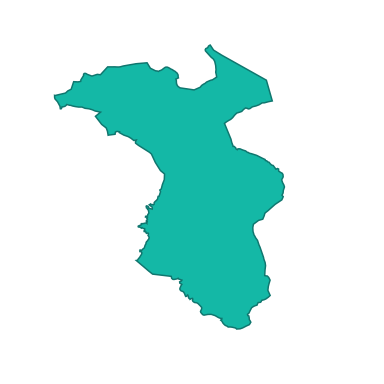 the district of Tudun Wada, Kano, Nigeria, rotated 253°
{"feature_id": "59680162B84327981884458", "entity_name": "Tudun Wada", "entity_type": "district", "adm_level": 2, "iso_a3": "NGA", "parent_name": "Nigeria", "parent_adm1": "Kano", "projection": "natural_earth1", "projection_center": [8.54, 11.305], "detail": "fine", "context": "isolated", "style": "filled", "palette": "teal", "viewbox_px": 384, "rotation_deg": 253, "n_neighbors": 0, "source": "geoboundaries", "source_scale": "gbopen_adm2", "svg_char_len": 5957}
<svg xmlns="http://www.w3.org/2000/svg" viewBox="0 0 384 384"><g transform="rotate(253 192 192)"><path d="M255.6,295.4L277.2,295.8L314.3,260.3L321.4,254.1L327.2,252.4L327.1,251.5L326.7,250.4L325.4,249.2L325.1,247.1L324.3,246.3L323.1,246.1L321.7,246.7L315.3,249.7L312.7,251.4L310.1,251.9L306.0,251.6L301.9,250.7L299.6,249.7L297.0,249.5L294.7,249.2L293.9,246.5L293.3,244.4L293.4,242.5L293.2,240.5L292.9,238.1L292.0,236.1L291.8,234.7L291.1,232.4L289.8,230.5L289.0,223.9L295.1,211.0L297.0,209.5L298.5,209.0L299.6,209.0L299.7,208.8L299.8,208.8L300.0,208.8L300.4,208.9L300.6,209.0L300.9,209.1L301.0,209.1L301.3,209.1L303.0,209.6L304.7,209.6L304.8,210.6L305.1,212.4L306.1,212.4L307.5,212.8L308.4,212.9L309.1,212.7L310.1,212.5L310.9,211.9L312.2,211.2L313.2,210.2L314.1,209.5L315.0,208.7L315.9,207.6L317.0,206.7L317.9,205.8L318.8,204.6L319.1,203.0L318.4,200.8L317.8,199.3L317.5,198.3L317.4,196.1L317.1,195.1L317.8,194.3L318.5,192.6L322.5,188.4L328.7,186.8L331.0,176.1L332.2,166.5L332.6,163.1L332.7,159.8L333.1,158.0L334.4,154.3L336.3,147.9L330.9,138.7L332.2,135.8L332.1,130.2L335.0,126.4L336.5,125.0L336.9,123.7L336.4,122.8L335.0,122.3L331.8,118.6L330.3,117.9L330.6,115.2L332.1,111.1L325.6,106.5L325.0,102.8L323.6,100.0L324.3,89.4L324.4,88.9L324.5,88.8L323.4,88.5L323.2,88.4L322.2,88.2L321.8,88.2L321.1,88.3L320.8,88.3L320.7,88.3L320.5,88.5L320.3,88.6L320.0,88.7L317.6,89.8L312.6,90.8L310.1,90.4L309.8,91.1L310.1,91.6L310.9,92.3L311.5,92.7L311.2,93.3L311.1,94.2L311.1,95.6L311.6,96.9L312.3,97.8L311.8,98.6L310.8,100.2L310.2,101.6L309.3,102.7L307.8,105.4L306.3,108.6L305.4,111.6L303.3,114.2L302.2,116.7L301.6,118.0L299.8,120.7L297.8,123.0L295.1,127.9L292.6,121.8L283.0,125.4L278.3,128.7L274.9,128.9L270.8,128.4L270.8,128.9L269.7,135.3L271.7,136.3L271.8,137.3L271.9,137.9L271.4,139.1L270.9,140.0L270.8,140.3L270.1,139.8L266.3,143.5L263.6,147.2L261.3,149.3L258.3,151.4L258.3,152.1L258.1,152.6L258.0,153.9L257.8,153.7L257.6,153.6L257.4,153.5L257.1,153.2L256.8,152.9L256.6,152.6L255.7,152.4L255.2,152.3L252.3,154.4L242.3,163.0L240.2,164.3L230.9,165.6L221.7,168.1L217.3,171.0L211.9,169.1L207.7,165.8L203.9,163.5L203.3,161.8L201.4,162.0L199.9,160.9L197.6,159.3L197.7,158.3L195.2,156.9L194.3,155.3L193.7,154.0L193.0,152.8L191.3,152.1L191.0,151.3L191.5,150.6L192.0,149.6L191.9,148.6L192.6,148.7L192.3,147.4L190.9,148.2L189.3,149.5L187.9,149.3L187.2,148.9L188.8,146.5L189.4,145.9L190.2,146.1L191.1,145.8L192.0,144.7L191.8,144.0L191.1,143.9L190.0,143.8L189.2,144.9L188.3,144.4L187.5,145.0L184.5,144.6L183.3,143.1L182.4,142.5L182.1,141.9L182.3,140.5L181.6,140.2L181.3,141.5L180.9,142.1L180.3,141.7L180.0,141.1L179.4,141.4L178.8,141.4L178.4,140.6L178.1,140.1L177.5,139.8L177.1,140.6L176.5,140.5L176.3,139.8L175.1,139.6L175.8,139.0L176.0,138.0L175.9,136.9L176.2,136.0L176.1,135.3L176.5,134.7L176.4,134.1L175.5,133.9L175.3,132.9L175.3,131.6L175.0,130.5L174.2,130.5L173.8,131.6L172.9,132.6L172.2,133.0L172.6,133.8L171.3,134.7L170.8,136.0L169.9,135.8L169.3,135.6L169.0,134.9L168.7,134.8L168.3,134.7L168.1,135.7L167.6,135.6L167.2,136.3L166.4,136.1L165.7,136.5L165.8,137.1L165.3,138.2L164.9,138.2L163.8,137.6L163.2,137.2L162.3,137.6L160.9,137.7L159.7,136.9L158.9,135.7L158.2,135.0L157.9,134.1L156.9,133.2L155.9,132.8L155.1,131.9L154.4,131.3L153.6,130.8L152.4,129.9L151.8,128.2L150.8,126.6L151.5,126.0L151.6,125.4L150.8,125.5L150.8,124.8L150.2,124.8L150.0,125.7L149.3,126.0L148.8,126.3L147.9,126.0L147.0,125.3L145.9,124.0L144.7,122.7L144.1,121.6L143.4,120.7L142.9,120.2L142.7,119.4L142.8,118.7L128.9,127.6L125.0,130.3L117.4,147.5L115.5,147.3L114.1,148.1L113.6,149.2L113.3,152.5L113.6,153.5L112.7,153.8L112.0,154.8L110.7,156.6L110.0,155.9L109.7,153.9L108.4,153.7L106.7,155.3L106.1,154.6L105.2,153.7L104.3,153.0L103.7,152.5L102.8,152.0L101.7,152.1L100.7,152.6L100.1,153.4L99.3,154.4L98.3,154.9L96.5,155.2L94.6,155.3L93.9,155.5L93.9,156.4L94.5,157.0L94.8,157.8L94.4,157.9L93.8,157.9L93.1,158.0L91.9,157.8L91.0,158.1L90.6,158.7L89.9,158.7L90.0,159.2L90.3,160.1L90.1,161.4L89.1,161.4L88.5,160.8L87.5,160.8L86.5,161.3L85.4,162.4L84.9,163.8L83.8,165.0L82.5,165.7L81.0,166.5L78.8,167.5L77.5,167.1L76.4,166.2L75.3,165.2L74.2,165.2L73.3,165.6L72.1,166.1L71.2,166.7L70.7,167.6L70.3,171.3L69.4,174.6L67.0,178.0L64.2,180.6L62.7,182.5L62.4,183.6L61.7,183.4L61.0,182.0L59.6,182.9L57.8,183.2L56.0,184.0L54.7,184.8L53.6,186.2L52.3,187.1L51.8,189.0L51.0,190.8L49.9,192.7L49.1,194.0L47.9,194.6L47.5,196.4L47.1,198.0L47.2,200.6L48.0,205.0L48.4,208.1L50.3,210.2L51.5,210.0L53.2,209.5L55.0,209.9L56.9,210.1L57.5,209.2L58.8,209.3L59.6,211.1L61.6,212.9L63.9,215.2L64.6,217.5L64.8,219.1L64.8,221.1L65.7,221.8L66.9,222.9L66.5,225.2L66.8,225.9L68.0,227.0L67.9,229.5L68.1,231.3L69.1,234.3L70.2,236.5L75.8,235.8L79.4,237.4L81.9,238.9L83.7,240.1L84.9,240.9L87.8,240.4L89.6,239.5L90.2,238.1L90.8,237.1L96.0,239.0L100.0,240.8L101.3,241.0L103.2,241.3L106.8,241.1L108.7,241.3L111.3,241.2L119.4,240.9L121.8,240.6L126.6,240.5L129.8,239.4L131.2,239.2L133.1,238.7L134.1,238.8L136.4,238.8L140.1,239.7L143.2,241.3L145.4,247.4L145.3,251.7L148.3,254.2L150.3,255.4L150.5,255.9L150.7,256.1L152.2,259.9L152.6,260.7L155.9,267.9L158.2,275.6L159.7,276.9L160.9,277.9L162.6,277.1L164.4,278.8L166.8,279.8L169.8,281.9L171.9,281.9L174.3,281.4L177.4,281.3L179.8,283.6L182.0,284.1L183.5,283.8L184.6,282.7L186.6,281.0L188.7,281.5L189.5,280.5L189.2,279.0L193.6,277.4L194.5,276.0L196.3,275.0L197.9,274.4L198.7,273.2L199.8,272.7L200.7,271.4L201.7,271.4L203.5,269.4L208.1,264.6L211.3,260.0L212.3,258.2L213.3,257.5L213.7,256.6L215.6,255.3L217.5,252.6L219.1,250.7L219.6,249.6L219.8,248.4L219.4,248.0L219.2,247.7L219.4,247.5L219.9,247.0L220.8,246.6L221.5,246.7L222.8,245.9L223.4,245.5L223.6,244.6L224.6,244.7L227.8,244.5L231.1,244.7L248.1,243.1L249.1,245.7L249.8,248.5L250.1,250.2L251.2,252.6L253.0,255.2L254.4,257.9L254.4,261.1L254.5,263.1L255.9,265.5L256.7,267.8L255.9,269.2L255.0,270.1L254.8,271.6L255.8,274.7L255.6,278.4L255.8,281.6L256.7,285.2L256.1,287.4L256.0,291.4L255.6,295.4Z" fill="#14b8a6" stroke="#0f766e" stroke-width="1.5"/></g></svg>